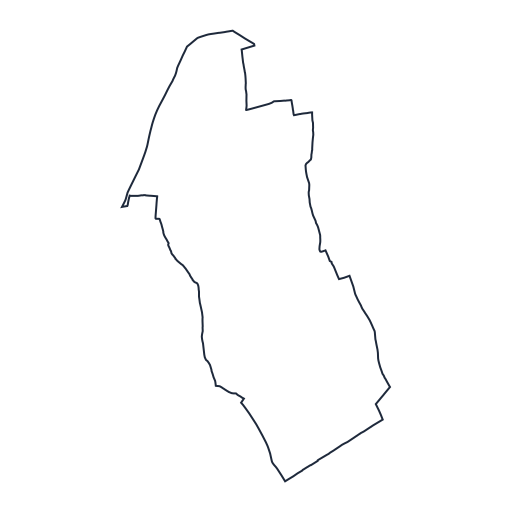 outline of Bueng Kum, Bangkok Metropolis, Thailand
{"feature_id": "78962969B8359958585386", "entity_name": "Bueng Kum", "entity_type": "district", "adm_level": 2, "iso_a3": "THA", "parent_name": "Thailand", "parent_adm1": "Bangkok Metropolis", "projection": "robinson", "projection_center": [100.65, 13.809], "detail": "fine", "context": "isolated", "style": "outline", "palette": "slate", "viewbox_px": 512, "rotation_deg": 0, "n_neighbors": 0, "source": "geoboundaries", "source_scale": "gbopen_adm2", "svg_char_len": 5998}
<svg xmlns="http://www.w3.org/2000/svg" viewBox="0 0 512 512"><path d="M328.6,453.9L330.2,452.6L333.0,450.9L337.5,447.9L339.9,446.3L342.0,444.8L344.8,443.3L347.5,442.0L347.8,441.8L360.9,433.0L363.6,431.6L364.1,431.3L364.4,431.1L373.2,425.3L382.7,419.6L381.0,415.2L379.0,410.6L376.2,404.9L375.8,404.1L380.8,398.1L383.5,394.9L384.1,394.1L390.0,387.0L389.2,385.7L386.8,381.4L385.4,378.8L384.6,377.7L384.0,376.1L383.5,375.2L382.5,373.8L381.7,371.3L380.2,367.2L379.0,362.9L378.4,360.4L378.1,358.3L377.9,352.9L377.5,349.7L376.3,343.8L375.8,341.0L375.4,339.3L374.8,332.1L374.5,330.8L373.9,329.6L373.4,328.5L372.9,327.4L372.2,325.7L371.1,323.3L371.0,323.0L369.6,320.1L367.2,316.1L364.7,312.4L364.5,311.9L364.3,311.7L363.4,310.3L362.3,308.7L361.3,306.5L361.0,305.6L358.9,301.8L357.6,299.3L356.2,296.2L355.7,295.2L355.1,293.7L353.3,286.5L349.5,275.8L344.0,277.8L339.0,279.1L337.2,275.0L334.1,267.3L333.9,266.9L333.7,266.4L331.8,263.5L331.5,261.9L329.8,261.0L328.2,256.5L325.5,250.4L325.3,250.5L324.3,250.8L322.6,251.4L321.5,251.7L321.1,251.8L320.4,251.6L320.2,251.5L319.8,250.6L319.5,249.8L319.4,249.1L319.5,247.5L319.6,246.1L320.2,242.6L320.3,241.2L320.3,240.6L320.3,239.5L320.2,237.4L320.2,236.8L320.2,236.0L320.1,234.9L319.7,233.4L319.0,230.7L318.2,227.7L317.8,226.5L317.3,225.4L316.8,224.3L316.5,223.9L316.0,223.0L315.7,221.4L315.5,220.7L313.1,215.5L312.8,214.5L312.6,213.9L312.3,212.7L311.9,210.9L311.2,208.3L310.5,206.6L309.7,202.4L309.5,199.1L309.1,196.9L308.8,195.2L308.7,192.9L308.7,192.0L309.1,190.2L309.3,184.9L309.1,183.1L307.8,179.3L307.0,176.9L306.9,176.3L306.4,173.8L306.0,171.4L305.8,169.6L305.5,165.5L305.7,164.9L305.9,164.3L306.3,163.7L307.3,162.7L308.1,162.2L309.2,161.1L309.8,160.4L310.5,159.9L310.9,159.4L311.1,158.5L311.3,157.6L311.4,154.6L311.7,153.1L312.0,150.5L312.2,150.1L312.2,148.2L312.5,142.4L312.9,138.1L313.3,134.8L313.2,132.3L312.9,130.5L312.9,129.8L313.1,127.7L313.0,123.8L313.0,123.0L312.4,120.3L312.1,114.6L312.1,112.4L311.4,112.4L309.1,112.7L307.1,113.1L304.0,113.4L301.8,113.7L300.5,114.0L299.4,114.1L296.6,114.7L295.1,115.0L294.0,115.2L293.6,114.2L293.3,111.9L293.1,110.4L292.9,109.7L292.8,108.6L292.3,105.4L292.0,103.8L291.6,101.3L291.5,100.4L291.3,100.1L290.9,100.0L289.3,100.3L286.6,100.5L285.4,100.7L284.6,100.7L284.3,100.6L284.0,100.6L283.5,100.7L280.1,101.0L274.1,101.3L273.8,101.4L272.0,102.6L271.7,102.8L269.9,103.5L269.2,103.8L267.5,104.3L251.9,108.6L247.7,109.7L246.4,110.0L246.2,110.0L246.1,109.9L246.5,106.9L246.6,105.5L246.4,100.8L246.5,94.3L246.4,93.7L246.1,91.3L245.7,89.5L245.6,88.2L245.6,86.7L245.7,84.9L245.7,84.1L245.8,83.7L245.8,83.0L245.6,78.8L245.4,75.9L245.2,74.1L245.0,72.5L244.8,72.1L244.7,71.4L244.6,70.6L244.3,69.0L243.8,66.4L243.5,64.4L243.1,62.6L242.8,60.1L242.7,59.1L242.4,56.7L241.8,50.8L241.6,49.5L254.4,45.6L254.1,44.0L252.4,42.9L251.0,42.1L245.1,38.6L239.7,35.1L234.6,32.0L232.7,30.7L230.8,31.0L228.5,31.4L226.5,31.7L224.5,32.1L219.7,32.8L219.0,32.8L213.8,33.6L210.9,34.0L208.5,34.4L206.3,35.0L203.5,35.9L201.0,36.7L198.1,37.7L197.2,38.2L196.2,39.0L190.0,44.2L187.0,46.6L184.7,51.6L182.8,55.4L181.0,59.5L179.2,63.4L178.2,65.5L177.2,67.9L176.5,71.1L175.9,73.3L175.1,75.5L174.8,76.2L174.4,76.9L173.1,79.5L172.5,81.0L169.7,85.8L168.9,87.3L167.5,90.0L165.0,95.1L162.9,99.1L159.3,105.8L157.8,108.9L157.0,110.6L155.3,114.7L154.0,118.4L152.8,122.1L152.1,124.5L151.3,127.7L150.5,130.7L149.4,135.4L148.7,138.6L147.5,144.5L147.0,146.6L145.3,152.1L144.1,155.5L143.0,158.5L138.9,169.5L135.7,175.9L132.1,183.2L131.6,184.2L129.3,188.9L127.6,192.5L125.7,199.3L125.1,200.8L123.6,203.8L122.0,206.9L123.0,206.7L127.3,206.0L127.4,205.8L127.7,204.9L128.2,201.9L129.1,197.6L129.5,196.5L129.7,195.6L130.2,195.7L130.4,195.8L131.6,195.9L137.7,195.9L139.8,195.6L141.3,195.3L143.1,195.3L144.0,195.1L145.4,195.2L145.5,195.3L145.8,195.4L149.3,195.7L151.5,195.8L157.2,196.3L157.2,196.5L156.9,199.0L156.6,202.5L156.4,205.5L156.0,210.6L155.6,215.6L155.5,217.8L155.5,218.2L155.6,218.4L155.8,218.7L156.0,218.8L158.2,218.8L159.0,218.8L159.4,218.9L159.6,219.1L159.7,219.3L160.5,221.9L161.1,223.4L161.6,225.0L161.9,226.3L162.8,229.5L163.3,231.6L163.3,232.4L163.6,233.7L164.2,235.4L165.2,237.3L166.8,239.9L167.5,241.3L168.6,243.1L168.6,243.4L168.4,243.9L168.2,244.4L168.2,245.0L168.3,245.3L168.8,246.6L169.1,247.0L169.7,248.4L170.5,250.4L171.0,251.1L171.5,253.3L172.3,254.5L173.3,255.5L174.6,257.3L175.1,257.9L175.5,258.9L175.8,259.0L176.3,259.7L177.1,260.6L178.2,261.6L180.5,263.5L181.2,264.1L182.1,264.7L182.6,265.0L184.0,266.6L184.9,267.8L185.4,268.3L188.0,272.1L189.5,274.2L189.8,274.9L190.0,275.6L190.7,276.6L191.1,277.4L191.8,278.3L192.6,279.6L192.6,279.9L192.8,280.1L193.2,280.6L193.5,281.0L194.0,281.4L194.1,281.7L195.0,282.3L195.8,282.6L196.3,282.9L196.8,283.1L197.1,283.3L197.7,284.2L198.0,285.0L198.3,285.9L198.6,287.8L198.7,289.6L199.0,291.6L199.0,296.6L199.4,299.3L199.7,301.6L199.9,303.1L200.2,304.2L200.7,306.4L202.0,312.3L202.6,317.3L202.5,318.8L202.5,319.9L202.5,321.0L202.7,326.4L202.6,327.1L202.6,328.2L202.7,330.4L202.7,331.2L202.1,334.1L201.8,336.5L201.9,337.6L202.1,339.3L202.5,341.4L203.0,343.3L204.3,354.8L204.8,357.3L205.8,359.5L206.2,360.1L207.5,361.1L208.9,363.1L210.0,365.0L211.4,369.6L211.6,371.1L212.7,374.2L213.6,377.3L215.1,380.8L215.4,382.4L215.8,385.8L217.1,386.0L218.7,386.1L219.3,386.2L219.8,386.3L221.6,387.3L222.7,388.1L223.7,388.7L225.0,389.6L225.5,389.9L227.2,391.0L228.1,391.5L228.6,391.9L229.4,392.2L231.5,393.1L233.4,393.4L235.3,393.4L236.1,393.5L237.6,394.9L238.6,395.5L240.5,396.5L242.3,397.8L243.4,398.3L243.9,398.6L241.1,402.7L243.1,405.0L245.7,408.5L249.2,413.4L253.8,420.5L256.3,424.4L258.6,428.5L262.4,435.5L265.9,442.3L267.4,445.6L268.1,447.4L269.3,451.0L270.1,453.4L271.4,459.3L271.9,461.4L272.3,462.4L272.9,463.4L274.2,465.1L275.8,466.9L277.1,468.6L281.5,475.4L285.1,481.3L288.5,479.2L293.6,476.1L297.6,473.3L302.2,470.6L302.7,469.9L303.6,469.4L306.9,467.3L307.5,467.0L309.4,465.8L310.6,465.1L311.0,465.1L317.7,460.9L317.7,460.4L318.4,459.8L326.9,454.8L328.6,453.9Z" fill="none" stroke="#1e293b" stroke-width="2"/></svg>